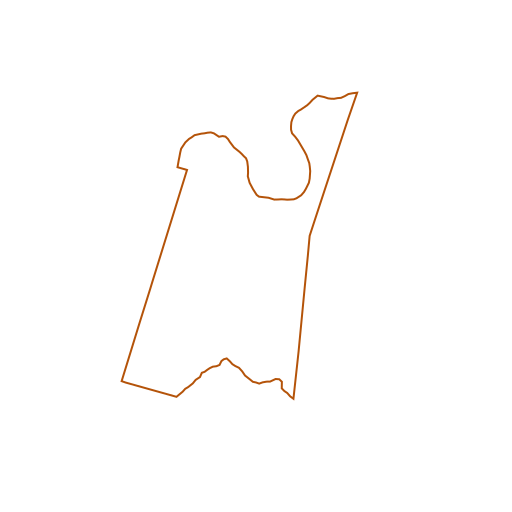 Inhangapi, Pará, Brazil (Albers equal-area conic projection), rotated 139°
{"feature_id": "56859067B74682309014302", "entity_name": "Inhangapi", "entity_type": "district", "adm_level": 2, "iso_a3": "BRA", "parent_name": "Brazil", "parent_adm1": "Pará", "projection": "albers", "projection_center": [-47.963, -1.457], "detail": "fine", "context": "isolated", "style": "outline", "palette": "amber", "viewbox_px": 512, "rotation_deg": 139, "n_neighbors": 0, "source": "geoboundaries", "source_scale": "gbopen_adm2", "svg_char_len": 1740}
<svg xmlns="http://www.w3.org/2000/svg" viewBox="0 0 512 512"><g transform="rotate(139 256 256)"><path d="M257.0,374.5L251.6,366.2L352.3,303.8L357.4,300.6L387.6,282.0L435.5,252.2L439.5,249.7L437.4,246.0L408.4,201.9L400.4,201.7L396.5,202.2L393.4,201.6L387.3,201.3L382.8,202.1L377.7,201.4L373.5,203.4L370.8,202.3L367.7,202.1L364.5,201.7L361.2,200.8L358.2,198.8L355.0,197.7L351.0,199.4L348.1,199.2L345.3,197.9L344.8,193.6L344.8,189.9L343.8,186.5L342.2,182.8L342.1,178.0L342.7,173.0L342.1,169.8L341.5,166.6L340.9,163.1L339.0,160.6L337.3,157.6L333.9,156.3L330.4,154.2L327.8,152.0L321.9,150.3L319.3,147.7L319.0,144.1L323.4,139.2L323.2,135.5L322.3,132.1L322.3,127.7L321.4,123.7L286.5,156.0L240.3,199.9L216.9,222.0L202.3,236.0L189.8,243.5L170.2,255.2L97.3,298.6L72.5,312.9L76.4,315.5L80.0,317.6L84.1,318.4L88.1,319.6L90.8,321.6L93.9,323.4L96.1,325.4L98.2,327.7L100.3,331.3L104.3,336.6L110.8,336.8L115.1,336.3L118.4,336.2L126.2,337.1L128.9,337.7L132.9,337.7L136.0,336.8L138.9,335.4L141.5,333.8L144.4,331.0L146.7,328.3L148.3,324.9L148.2,320.4L148.5,315.7L150.8,303.2L151.8,299.0L153.6,294.5L154.9,291.1L156.7,288.3L159.4,284.5L164.7,279.2L168.0,276.6L174.2,274.0L177.8,272.8L182.1,272.2L187.6,273.0L190.3,274.0L193.2,276.2L195.5,278.0L197.6,280.2L199.7,282.2L202.3,284.2L205.2,286.6L208.3,291.7L214.8,298.8L215.4,301.7L214.9,305.1L214.4,308.5L212.8,315.4L209.9,321.5L207.5,323.9L203.6,328.6L200.6,333.1L199.4,336.3L199.7,339.2L199.8,342.2L200.1,345.3L201.4,352.4L200.9,359.4L200.4,362.6L200.7,366.1L202.5,368.4L205.7,370.3L207.3,376.2L209.0,378.9L211.6,380.8L214.4,382.4L217.0,384.2L223.1,387.5L226.8,387.8L229.7,388.3L234.8,388.1L242.1,386.1L245.2,383.9L249.1,380.8L251.6,378.9L257.0,374.5Z" fill="none" stroke="#b45309" stroke-width="2"/></g></svg>